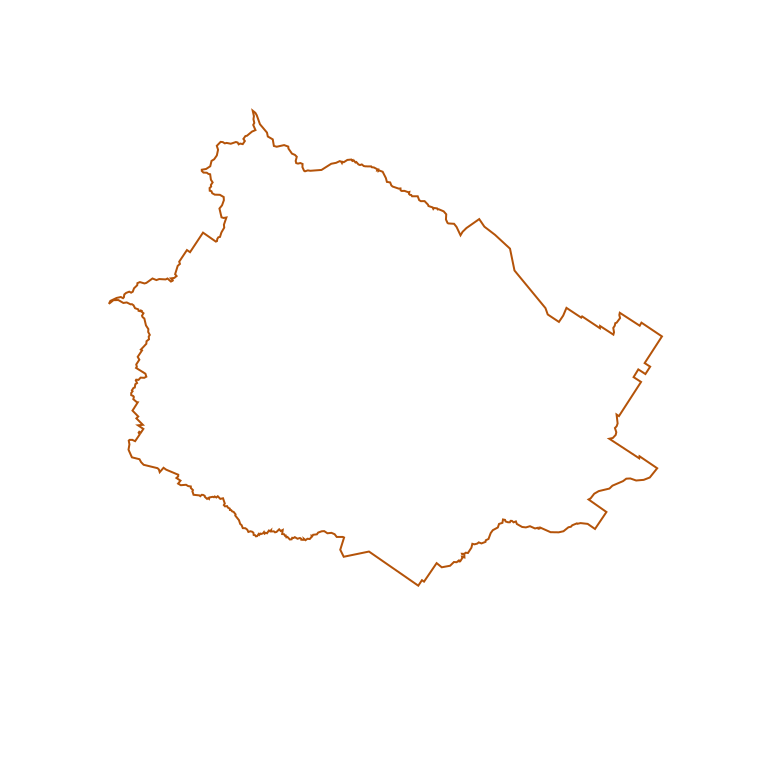 the district of Cardinia, Victoria, Australia, rotated 295°
{"feature_id": "25037944B56409622243598", "entity_name": "Cardinia", "entity_type": "district", "adm_level": 2, "iso_a3": "AUS", "parent_name": "Australia", "parent_adm1": "Victoria", "projection": "natural_earth1", "projection_center": [145.459, -38.095], "detail": "fine", "context": "isolated", "style": "outline", "palette": "amber", "viewbox_px": 768, "rotation_deg": 295, "n_neighbors": 0, "source": "geoboundaries", "source_scale": "gbopen_adm2", "svg_char_len": 6166}
<svg xmlns="http://www.w3.org/2000/svg" viewBox="0 0 768 768"><g transform="rotate(295 384 384)"><path d="M423.1,667.2L426.5,646.1L424.5,646.7L429.6,611.3L431.8,614.2L435.8,615.5L438.5,614.9L441.7,611.9L444.0,612.7L447.0,612.4L454.6,607.7L454.2,610.5L494.5,616.1L495.7,607.3L504.7,608.3L503.5,616.7L512.2,617.9L513.1,611.4L544.6,615.8L548.4,591.4L544.9,591.1L548.2,567.6L546.0,568.1L543.5,570.1L537.8,568.9L536.9,567.9L534.3,568.5L531.7,568.1L528.1,570.6L525.7,571.0L527.9,555.3L525.8,556.1L529.0,535.0L527.5,534.7L530.1,517.2L521.7,517.5L514.2,516.3L516.2,503.0L521.0,498.3L542.0,454.3L559.9,441.0L566.1,421.6L569.0,408.5L573.7,400.6L560.2,392.8L555.2,390.9L551.1,390.5L557.0,383.4L558.8,379.8L556.7,374.4L556.9,373.4L559.3,370.6L564.1,368.7L565.7,365.1L565.5,359.6L564.9,358.9L565.6,357.9L564.7,355.0L563.5,354.7L564.6,353.4L564.1,349.1L565.1,348.1L566.9,343.5L565.3,340.2L565.5,338.2L568.4,335.2L566.0,330.1L566.8,328.8L566.4,327.4L566.9,326.2L568.7,325.8L568.1,325.1L567.7,321.0L566.4,318.3L566.6,317.2L568.2,316.3L567.3,314.8L566.6,308.3L567.1,306.7L569.3,304.4L568.4,301.2L571.4,298.7L575.8,293.1L575.5,289.4L574.8,289.0L575.4,288.7L574.9,288.0L575.6,287.9L575.1,287.4L575.8,287.3L576.0,283.4L575.3,281.2L575.8,280.4L573.5,275.4L573.0,273.6L573.6,271.1L572.3,269.7L572.2,268.1L573.5,265.1L572.7,264.5L573.8,262.3L573.0,261.4L573.7,260.9L573.1,260.3L573.6,259.5L571.6,256.1L568.0,253.8L567.8,252.4L566.5,252.5L567.4,251.2L567.3,249.7L564.2,247.1L561.3,243.1L551.6,236.9L546.1,227.1L545.4,224.7L543.4,222.5L543.5,221.4L546.1,218.4L549.0,217.2L548.9,214.8L547.4,212.9L547.1,211.1L548.8,209.7L553.1,208.9L554.0,206.4L553.9,203.2L557.0,197.9L558.7,196.9L558.3,192.5L553.7,186.5L553.2,183.6L558.7,179.8L559.2,174.1L562.4,171.7L567.0,161.8L573.8,155.1L575.4,152.8L576.2,149.5L571.8,152.9L568.8,153.8L565.8,156.1L563.5,156.0L559.8,160.2L557.0,157.7L551.1,154.9L550.1,153.6L546.7,153.0L545.4,155.2L541.7,154.6L541.1,152.0L539.8,151.0L541.0,149.3L540.7,147.5L537.0,143.6L536.0,139.5L534.8,138.0L535.1,135.7L534.4,133.6L529.2,131.8L526.2,134.6L520.5,135.9L515.9,135.1L513.3,133.4L507.9,134.5L503.7,131.9L501.2,128.3L500.1,128.8L499.3,131.0L500.6,134.1L500.2,136.1L500.6,137.8L496.0,140.8L494.3,143.5L491.2,143.0L489.9,143.9L487.9,143.1L485.5,144.4L485.8,146.1L484.3,147.7L484.1,150.6L486.1,155.3L485.7,159.7L482.9,161.2L477.5,161.7L473.5,160.7L466.4,166.3L466.7,168.5L468.3,170.8L460.7,171.6L458.2,173.1L452.6,172.6L448.0,173.2L447.0,171.9L445.2,171.6L442.9,172.2L442.0,171.4L444.7,156.0L421.5,152.5L422.1,148.8L408.3,146.7L406.6,148.3L403.9,147.1L395.2,148.3L394.2,150.4L391.5,149.1L389.7,146.3L388.8,148.8L388.3,148.8L386.8,147.6L388.1,143.2L386.5,141.9L384.1,135.9L382.0,133.8L381.8,129.6L375.2,125.9L373.9,124.4L373.2,119.7L371.2,117.9L369.2,118.6L365.1,117.0L361.5,117.3L359.9,116.2L360.0,114.1L357.6,111.8L355.4,110.8L352.6,111.6L351.5,111.2L351.6,108.7L349.0,105.3L343.7,100.9L340.4,100.8L345.7,103.4L347.8,107.8L347.3,113.5L349.2,116.4L349.1,120.6L349.8,121.8L349.5,123.7L347.5,126.3L347.8,129.8L346.6,130.6L346.9,132.2L347.9,132.5L347.8,133.7L347.1,133.8L346.5,136.1L343.6,135.8L342.5,137.1L342.1,139.1L336.5,143.5L334.2,147.2L331.5,148.3L329.5,151.0L327.6,150.7L325.2,152.1L322.4,150.7L320.0,151.6L312.4,149.1L312.2,150.5L304.5,149.3L302.6,152.0L297.0,151.2L295.2,152.7L293.8,152.5L292.5,163.4L290.2,165.5L288.3,164.1L286.9,160.7L284.0,159.8L283.2,157.6L282.4,157.5L280.5,159.8L278.7,158.7L275.5,159.6L274.5,158.6L271.7,158.2L271.2,159.2L269.0,158.7L267.1,159.6L267.1,161.9L266.5,162.8L264.3,163.2L263.1,167.5L263.4,168.6L253.6,167.3L250.7,175.0L248.2,174.1L245.1,182.7L242.6,178.5L241.6,184.9L237.1,184.2L237.3,182.4L236.2,182.2L235.1,183.9L227.0,182.6L227.0,179.4L225.8,177.0L224.8,176.6L221.7,178.8L216.5,180.2L211.0,186.5L212.5,194.2L210.5,196.9L209.2,200.3L212.0,214.3L211.4,216.1L209.3,218.0L214.9,219.6L214.3,222.8L214.8,235.9L213.2,236.5L211.1,235.6L210.4,240.4L206.7,239.5L206.4,242.6L209.0,247.2L208.7,249.7L209.5,252.2L208.1,252.9L207.1,255.7L205.8,255.7L203.1,258.2L205.0,263.7L204.7,264.9L206.5,265.6L207.0,266.9L206.9,268.7L206.0,269.4L205.1,272.2L206.2,272.8L205.9,274.0L207.4,273.7L209.4,276.5L209.5,277.7L210.5,278.1L210.3,280.0L212.0,280.8L210.7,284.2L212.4,286.4L208.4,290.2L206.6,290.0L205.9,291.6L207.0,293.4L206.0,294.8L205.9,296.9L204.7,297.6L205.1,298.9L204.4,300.1L204.5,301.9L203.1,304.6L201.9,304.8L199.3,310.1L196.4,312.8L195.9,314.6L193.7,316.9L194.7,319.4L194.2,321.6L192.6,323.6L194.1,325.2L194.4,327.1L194.0,328.5L192.1,329.7L192.5,331.1L191.8,332.3L192.5,333.3L195.1,333.8L194.6,334.7L196.1,335.1L196.0,335.9L197.6,337.5L199.1,337.8L198.0,339.1L199.2,339.7L199.3,341.1L202.6,341.6L202.5,343.0L203.6,343.4L202.5,343.7L203.9,346.4L203.5,347.9L204.5,349.1L208.0,350.4L207.1,352.5L208.9,353.9L205.0,355.1L205.6,357.0L204.6,358.5L205.1,359.0L203.8,360.3L204.6,361.1L203.3,364.4L204.2,365.9L205.8,365.8L206.2,367.1L207.5,367.9L207.2,371.0L208.9,372.9L208.7,374.4L207.9,374.9L209.1,377.6L209.8,377.0L209.3,378.9L211.4,380.0L212.1,382.2L214.8,383.0L215.8,382.5L215.7,383.3L217.4,383.5L219.4,386.7L221.5,387.1L224.2,389.8L225.4,392.0L224.8,395.8L226.9,399.3L227.0,402.7L225.4,405.8L228.0,411.3L228.0,412.7L215.3,414.4L210.4,420.5L225.8,441.2L215.7,500.3L222.2,501.3L221.8,503.8L243.9,507.4L242.3,513.8L247.2,520.7L252.2,522.6L253.2,525.2L255.7,526.4L255.0,527.3L255.5,528.0L259.3,528.5L260.4,527.7L260.8,530.2L263.7,528.7L262.7,527.1L262.8,526.7L263.1,526.4L264.0,528.6L265.6,529.3L266.3,531.5L272.6,532.4L276.5,531.6L276.9,533.7L278.8,536.0L280.5,536.8L280.7,539.7L283.8,542.7L285.4,542.3L287.7,544.2L294.0,543.7L297.5,544.4L302.1,547.8L305.8,547.4L308.2,550.0L311.5,549.1L312.0,551.1L310.8,552.3L311.1,554.9L311.9,556.5L313.5,556.6L314.0,557.8L313.4,559.9L315.2,561.6L313.3,563.5L312.8,569.6L314.0,573.2L316.8,576.4L316.9,581.9L318.8,584.3L318.1,585.1L318.8,586.1L319.9,586.1L320.1,597.6L323.4,605.0L326.4,608.9L332.1,611.7L333.6,613.7L335.5,614.3L339.2,617.7L339.0,618.3L341.0,620.9L343.3,627.7L341.8,636.5L362.0,639.7L365.8,618.2L367.7,619.6L373.4,620.9L377.7,623.9L384.5,632.5L388.4,634.0L397.0,641.7L400.6,643.6L402.5,647.2L403.1,653.3L406.9,659.9L411.6,664.4L423.1,667.2Z" fill="none" stroke="#b45309" stroke-width="2"/></g></svg>